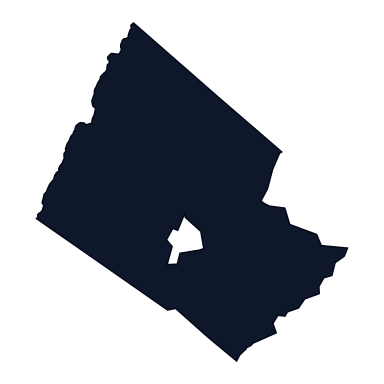 Rockingham, Virginia, United States of America (Natural Earth projection)
{"feature_id": "52423323B95722418747105", "entity_name": "Rockingham", "entity_type": "district", "adm_level": 2, "iso_a3": "USA", "parent_name": "United States of America", "parent_adm1": "Virginia", "projection": "natural_earth1", "projection_center": [-78.991, 38.528], "detail": "fine", "context": "isolated", "style": "filled", "palette": "ink", "viewbox_px": 384, "rotation_deg": 0, "n_neighbors": 0, "source": "geoboundaries", "source_scale": "gbopen_adm2", "svg_char_len": 1946}
<svg xmlns="http://www.w3.org/2000/svg" viewBox="0 0 384 384"><path d="M36.5,218.6L100.0,262.8L139.2,290.2L167.6,310.0L175.6,308.4L207.4,336.7L236.6,361.0L239.6,355.1L246.2,348.7L246.3,347.7L250.8,345.6L252.9,343.2L276.2,332.8L272.9,323.5L277.9,315.3L285.0,316.1L287.4,311.9L298.5,308.0L304.7,298.9L319.2,293.6L318.9,286.4L323.8,277.8L331.9,275.4L335.1,262.7L344.3,256.1L347.5,248.1L321.3,245.6L316.6,234.5L289.7,224.5L284.8,208.1L269.4,206.1L264.7,203.7L260.9,201.0L267.4,189.0L272.7,169.1L279.5,153.3L281.7,151.9L217.5,96.5L185.9,68.8L133.5,23.0L131.7,24.5L130.8,25.5L131.4,27.8L131.4,28.3L130.0,30.2L128.8,33.6L128.3,35.6L128.4,36.5L128.2,36.9L127.6,37.6L125.9,38.6L123.9,38.8L122.7,39.9L120.8,44.5L120.7,47.4L121.1,48.0L121.3,50.1L119.5,53.5L118.7,54.1L117.0,54.1L111.4,53.5L110.4,54.2L107.8,56.8L107.6,58.3L108.1,59.5L108.9,60.3L109.2,60.9L109.4,63.0L109.3,63.7L108.3,63.9L107.5,64.6L107.1,66.9L106.9,69.6L106.7,70.2L105.3,72.1L103.7,73.3L100.4,76.9L100.4,78.4L99.9,79.7L98.8,81.3L97.5,83.6L96.5,86.2L95.0,88.9L94.3,91.3L94.5,93.4L91.9,100.6L92.0,101.8L92.1,102.3L92.8,105.8L93.9,107.0L95.0,107.7L95.5,108.9L94.0,115.6L92.6,118.0L91.9,121.4L91.8,123.1L86.2,124.8L84.0,123.0L80.4,122.7L79.5,122.9L76.4,125.5L75.8,126.4L74.8,130.2L74.0,131.2L73.9,131.4L73.6,132.1L73.3,133.0L73.1,134.4L72.2,134.8L70.9,136.3L69.2,140.8L67.3,143.5L65.6,148.5L65.5,149.5L66.0,150.9L64.0,153.7L64.1,157.2L64.4,157.5L64.2,158.4L62.2,163.2L60.5,165.2L60.2,165.6L59.0,167.9L58.7,169.2L59.1,170.5L59.0,171.1L57.5,171.9L57.4,172.0L56.6,172.5L54.8,175.4L53.5,179.8L51.4,182.0L49.5,184.6L48.1,187.6L46.2,192.3L44.3,194.0L42.1,203.0L43.8,205.0L43.4,206.6L43.4,206.8L42.7,209.2L42.5,209.9L42.3,210.6L40.4,212.5L38.7,213.5L37.7,214.8L37.9,217.1L36.5,218.6ZM166.5,239.7L172.8,228.3L177.7,230.3L185.1,212.5L185.3,217.4L200.8,231.3L203.8,248.6L199.5,250.1L180.0,253.3L177.3,264.2L167.1,264.6L172.1,246.6L166.5,239.7Z" fill="#0f172a" stroke="#020617" stroke-width="1.5"/></svg>